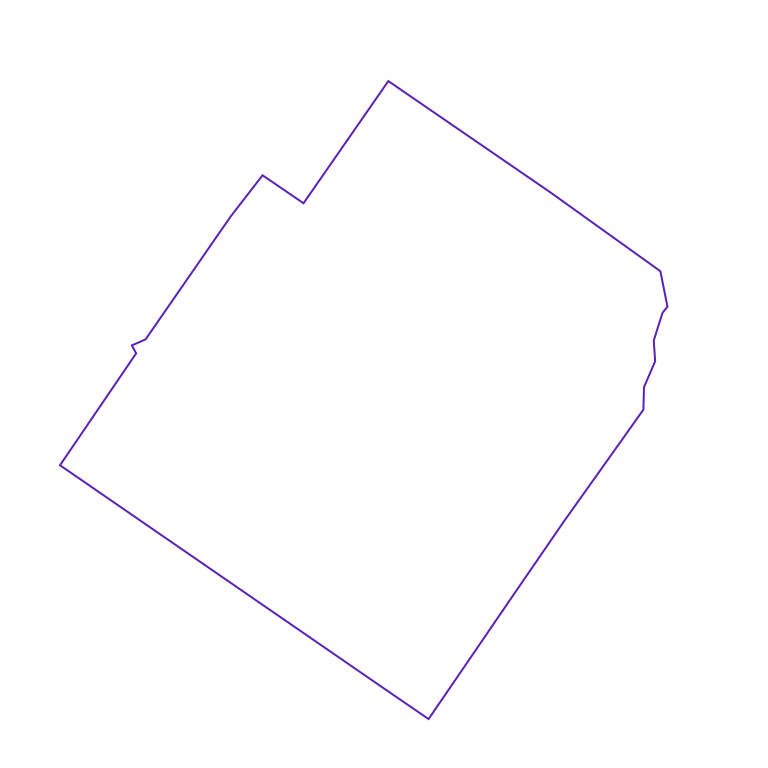 outline of Butler, Alabama, United States of America, rotated 215°
{"feature_id": "52423323B96631758595189", "entity_name": "Butler", "entity_type": "district", "adm_level": 2, "iso_a3": "USA", "parent_name": "United States of America", "parent_adm1": "Alabama", "projection": "orthographic", "projection_center": [-86.714, 31.744], "detail": "fine", "context": "isolated", "style": "outline", "palette": "violet", "viewbox_px": 768, "rotation_deg": 215, "n_neighbors": 0, "source": "geoboundaries", "source_scale": "gbopen_adm2", "svg_char_len": 418}
<svg xmlns="http://www.w3.org/2000/svg" viewBox="0 0 768 768"><g transform="rotate(215 384 384)"><path d="M157.8,374.0L156.8,511.8L169.2,530.5L174.9,558.1L188.0,574.4L196.7,602.1L196.1,609.9L222.3,634.9L356.8,636.4L554.2,634.6L553.6,485.9L603.2,485.3L605.7,433.3L604.9,283.8L612.7,271.0L604.6,266.9L602.8,131.6L205.2,134.6L155.3,135.1L157.0,285.2L157.8,374.0Z" fill="none" stroke="#5b21b6" stroke-width="2"/></g></svg>